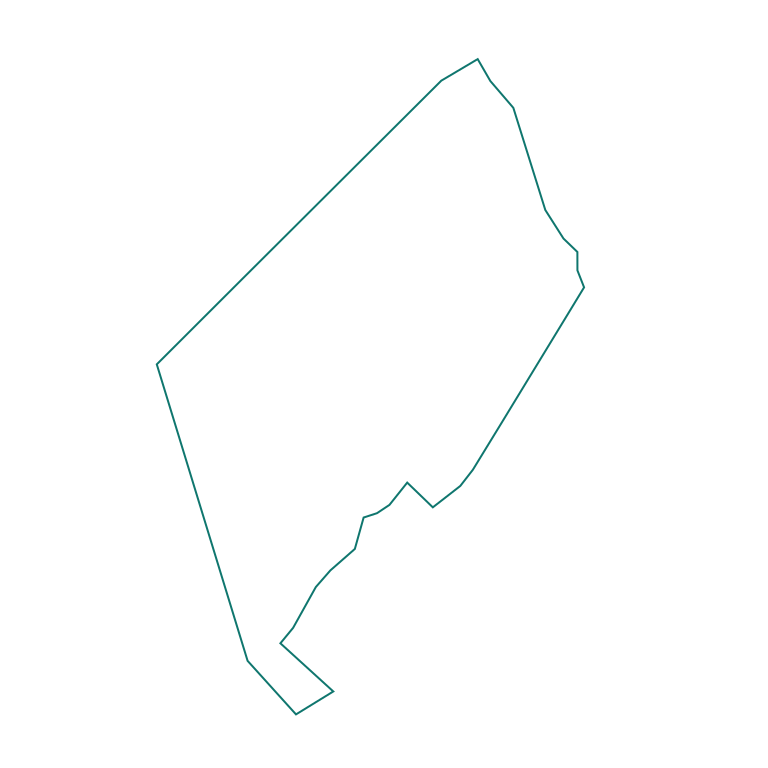 Pilões, Rio Grande do Norte, Brazil, rotated 314°
{"feature_id": "56859067B62972764518886", "entity_name": "Pilões", "entity_type": "district", "adm_level": 2, "iso_a3": "BRA", "parent_name": "Brazil", "parent_adm1": "Rio Grande do Norte", "projection": "mercator", "projection_center": [-38.028, -6.293], "detail": "fine", "context": "isolated", "style": "outline", "palette": "teal", "viewbox_px": 768, "rotation_deg": 314, "n_neighbors": 0, "source": "geoboundaries", "source_scale": "gbopen_adm2", "svg_char_len": 512}
<svg xmlns="http://www.w3.org/2000/svg" viewBox="0 0 768 768"><g transform="rotate(314 384 384)"><path d="M682.8,225.7L642.0,214.5L361.8,209.1L240.3,206.9L90.1,478.2L85.2,550.2L127.6,561.1L125.5,489.6L145.5,488.0L190.6,476.0L212.7,474.9L245.1,477.6L273.8,462.1L286.2,468.7L300.8,471.9L329.2,469.2L329.2,504.8L363.7,509.7L384.0,507.5L436.7,495.8L558.8,468.4L592.5,460.8L600.1,444.2L613.3,431.4L613.3,412.1L621.2,379.2L672.5,285.2L675.8,250.1L682.8,225.7Z" fill="none" stroke="#0f766e" stroke-width="2"/></g></svg>